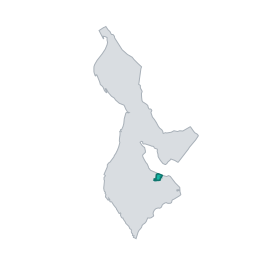 location of Ngauma, Niassa, Mozambique, rotated 148°
{"feature_id": "85939544B1529593178446", "entity_name": "Ngauma", "entity_type": "district", "adm_level": 2, "iso_a3": "MOZ", "parent_name": "Mozambique", "parent_adm1": "Niassa", "projection": "robinson", "projection_center": [35.668, -13.833], "detail": "fine", "context": "in_parent", "style": "filled", "palette": "teal", "viewbox_px": 256, "rotation_deg": 148, "n_neighbors": 0, "source": "geoboundaries", "source_scale": "gbopen_adm2", "svg_char_len": 5008}
<svg xmlns="http://www.w3.org/2000/svg" viewBox="0 0 256 256"><g transform="rotate(148 128 128)"><path d="M84.1,172.7L85.6,171.5L95.2,160.0L95.8,159.5L95.0,157.6L96.3,155.4L96.5,151.9L96.8,151.3L98.3,150.2L100.3,146.6L101.6,143.8L101.7,142.5L99.9,138.7L99.3,136.7L99.9,134.9L100.1,133.3L99.8,132.7L98.7,132.1L98.5,131.3L98.5,130.5L98.7,130.0L100.1,129.2L100.4,128.8L101.5,124.4L101.1,121.1L101.1,117.3L101.4,113.3L101.2,111.1L100.3,108.6L100.3,106.7L100.9,105.4L101.0,104.7L98.8,104.2L97.7,103.2L93.6,101.5L90.5,101.3L87.8,98.7L85.7,98.3L83.1,96.4L74.7,96.1L74.4,95.9L74.1,90.2L73.8,88.4L72.7,86.4L72.4,85.0L72.5,84.1L77.1,82.0L86.1,79.1L88.1,78.1L103.5,72.4L104.0,72.7L105.5,75.7L108.1,79.0L108.7,78.6L112.4,78.0L113.0,77.6L114.1,77.3L115.4,77.1L115.8,77.3L117.2,79.4L117.7,83.2L117.7,85.9L117.6,87.7L116.5,89.9L115.7,92.6L114.5,94.1L114.5,94.8L115.9,96.4L116.2,97.1L116.1,98.5L116.3,99.1L117.5,100.0L118.4,101.3L121.7,105.2L122.6,105.9L123.2,106.1L123.6,106.9L123.4,107.8L122.9,108.3L123.1,109.0L123.7,109.6L125.3,109.5L125.4,109.3L125.3,105.8L124.8,103.8L124.2,102.8L125.5,99.1L126.2,98.1L128.7,97.6L129.8,97.3L130.3,96.8L130.7,95.6L131.0,92.3L131.1,89.2L130.8,87.3L131.2,84.6L131.7,82.9L131.5,82.5L131.3,80.2L125.0,71.0L121.4,66.8L120.8,66.4L118.8,66.1L117.8,64.5L117.0,56.3L115.6,50.2L117.7,46.3L118.4,43.7L118.8,43.4L120.5,43.2L126.8,43.3L128.3,43.5L129.0,43.3L130.6,41.7L131.9,41.7L133.7,42.7L134.7,43.6L134.9,44.3L136.1,44.8L138.3,44.9L139.9,44.5L141.0,43.6L142.0,43.1L143.2,43.1L144.0,43.4L144.6,44.1L145.7,44.5L147.3,44.8L149.1,44.4L151.0,43.3L152.1,42.1L152.7,40.1L153.0,39.8L155.7,39.6L157.2,40.0L159.0,41.3L162.2,39.0L164.3,38.3L166.2,38.3L167.8,37.8L169.0,36.7L170.3,36.1L173.0,35.3L174.8,34.2L179.8,29.9L180.4,31.1L181.4,32.3L180.0,33.5L181.2,34.3L180.3,35.5L180.2,36.3L180.6,37.1L180.1,38.4L179.3,39.5L179.1,40.3L179.8,41.7L179.4,44.2L180.4,48.3L180.1,49.7L180.3,53.0L179.9,54.2L180.6,54.6L180.9,55.9L180.6,58.1L179.5,59.1L179.4,60.0L180.8,60.1L180.8,62.9L180.6,63.8L180.9,64.7L180.5,65.8L181.0,70.4L181.0,73.7L181.1,74.2L182.2,74.8L182.2,75.7L181.4,76.9L181.5,78.7L182.4,77.2L182.9,77.2L183.3,77.8L183.3,79.8L183.6,80.8L183.5,81.7L182.0,83.3L182.0,85.0L181.4,85.2L181.2,85.6L181.5,86.5L181.5,87.3L180.5,89.8L175.8,95.9L175.7,96.9L174.5,98.8L173.2,99.1L172.4,99.7L173.0,101.3L166.7,105.6L166.0,106.2L165.0,107.8L162.9,108.6L160.7,108.7L160.3,109.0L155.2,111.0L154.2,111.9L152.0,112.8L148.6,114.9L145.8,117.0L142.6,120.0L142.2,121.6L140.7,123.7L138.5,126.3L137.1,128.4L137.0,129.3L136.2,129.6L135.6,128.7L135.3,130.4L134.7,130.5L134.1,130.1L131.3,132.0L129.2,134.0L126.2,137.9L121.9,141.8L120.9,141.9L119.5,140.5L118.8,140.4L119.9,141.9L119.9,145.1L119.3,148.8L119.4,149.7L122.3,153.6L123.7,158.3L123.8,160.7L125.2,163.8L125.9,168.4L125.7,172.7L126.4,173.4L126.7,172.7L126.8,170.1L127.2,169.3L127.6,169.4L128.0,170.9L128.1,172.4L127.5,175.8L127.7,177.2L128.4,179.5L127.6,182.1L126.3,189.4L126.6,189.9L127.3,190.1L127.5,189.3L127.9,189.3L128.1,189.8L127.5,192.6L127.0,193.9L125.1,197.0L124.1,198.3L122.4,199.6L118.5,201.7L110.5,204.6L105.5,206.9L101.6,209.7L99.9,211.5L99.2,213.6L97.8,215.8L99.0,217.7L100.5,219.0L101.2,216.8L101.6,216.8L100.9,226.0L95.5,226.1L93.9,225.8L93.0,225.8L92.9,222.0L92.2,219.2L92.5,217.1L92.4,216.0L91.2,215.3L90.9,213.1L91.6,211.4L91.5,197.4L89.5,190.6L86.9,185.7L86.7,183.2L85.5,177.8L84.1,172.7ZM119.1,49.7L119.7,49.3L119.8,48.6L119.4,48.3L119.0,48.4L118.8,49.5L119.1,49.7ZM118.6,48.4L118.1,47.9L117.7,48.1L117.6,48.5L118.0,49.1L118.4,49.1L118.6,48.4Z" fill="#d9dde1" stroke="#a8b0b8" stroke-width="1"/><path d="M124.1,69.7L124.8,70.8L126.4,72.9L126.5,72.9L126.5,73.0L126.8,73.2L126.9,73.3L127.0,73.3L127.2,73.5L127.3,73.5L127.5,73.5L127.5,73.4L127.8,73.3L128.0,73.3L128.3,73.3L128.4,73.2L128.5,73.2L128.8,73.0L128.9,72.9L129.0,72.9L129.0,73.0L129.1,72.9L129.2,72.7L129.3,72.6L129.2,72.5L129.3,72.4L129.4,72.2L129.5,72.1L129.7,71.9L129.8,71.8L130.0,71.7L130.1,71.4L130.1,71.2L130.3,71.0L130.4,70.9L130.5,70.9L130.5,71.0L130.7,70.9L130.7,70.7L130.8,70.7L131.0,70.4L131.2,70.1L131.3,70.1L131.5,69.9L131.6,70.0L131.6,69.9L131.7,70.0L131.8,70.1L131.9,70.3L132.0,70.3L132.1,70.2L132.2,70.3L132.3,70.3L132.3,70.2L132.4,70.3L132.4,70.2L132.5,70.3L132.6,70.2L132.8,70.1L133.0,70.0L133.0,69.9L133.2,70.0L133.2,69.9L133.3,69.9L133.3,69.7L133.5,69.7L133.4,69.5L133.3,69.4L133.2,69.4L133.2,69.2L132.8,69.0L132.7,68.9L132.5,68.7L132.4,68.7L132.2,68.7L131.7,68.3L131.3,68.2L131.0,68.1L130.8,68.1L130.7,68.0L130.6,67.9L130.4,67.9L130.3,67.6L129.8,67.4L129.7,67.3L129.5,67.2L129.4,67.2L129.1,67.0L128.8,66.9L128.8,67.0L128.7,67.0L128.4,67.1L128.3,67.3L128.2,67.3L128.0,67.5L127.9,67.5L127.7,67.6L127.6,67.8L127.6,67.7L127.5,67.8L127.5,67.7L127.4,67.7L127.4,67.8L127.2,68.0L126.9,68.3L126.7,68.4L126.6,68.5L126.4,68.6L126.4,68.8L126.4,68.7L126.2,68.7L126.2,68.8L126.1,68.7L126.1,68.8L125.9,68.8L125.6,68.8L125.4,68.8L125.2,69.0L125.3,69.0L125.2,69.1L124.9,69.1L124.6,69.2L124.4,69.4L124.3,69.5L124.2,69.6L124.1,69.7Z" fill="#14b8a6" stroke="#0f766e" stroke-width="1.5"/></g></svg>